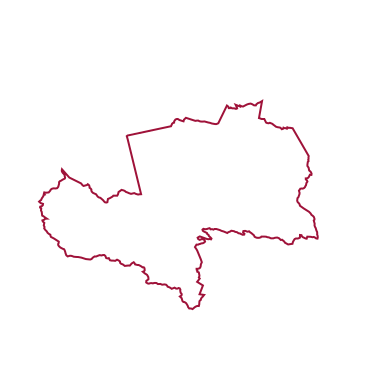 Canindé, Ceará, Brazil, rotated 296°
{"feature_id": "56859067B68432351022715", "entity_name": "Canindé", "entity_type": "district", "adm_level": 2, "iso_a3": "BRA", "parent_name": "Brazil", "parent_adm1": "Ceará", "projection": "equal_earth", "projection_center": [-39.487, -4.403], "detail": "fine", "context": "isolated", "style": "outline", "palette": "rose", "viewbox_px": 384, "rotation_deg": 296, "n_neighbors": 0, "source": "geoboundaries", "source_scale": "gbopen_adm2", "svg_char_len": 5970}
<svg xmlns="http://www.w3.org/2000/svg" viewBox="0 0 384 384"><g transform="rotate(296 192 192)"><path d="M285.0,185.5L265.3,185.5L263.8,184.2L263.2,183.0L262.3,179.9L262.0,177.6L261.6,176.2L260.9,172.4L259.7,170.2L259.2,169.0L258.9,167.7L258.9,166.2L258.3,165.1L257.4,163.8L256.0,154.0L253.5,153.1L251.8,153.4L251.6,152.3L251.2,149.2L251.4,147.2L250.7,146.0L249.7,145.3L247.6,145.0L246.5,145.5L245.8,144.7L244.7,144.2L241.9,144.3L214.5,109.3L213.6,108.9L211.3,111.0L167.7,147.2L166.8,145.6L166.1,144.7L165.7,142.5L165.7,140.6L163.6,138.0L163.3,135.7L163.3,134.4L163.1,132.6L163.5,130.9L163.4,129.7L163.0,127.7L161.9,127.2L159.8,126.0L157.5,126.5L155.9,126.4L154.2,122.9L153.1,122.6L150.5,120.9L148.9,119.5L145.7,120.4L144.9,119.5L144.6,118.2L145.1,116.8L145.6,115.9L146.6,112.2L146.3,110.7L146.5,109.3L147.2,108.0L147.9,106.8L147.8,103.4L148.4,101.7L149.2,100.9L150.2,100.4L150.7,99.3L150.9,98.1L152.1,97.4L152.9,96.6L153.3,94.9L152.3,94.6L149.9,91.9L150.1,90.7L151.1,88.5L151.2,75.4L155.4,65.2L154.3,65.5L153.4,66.1L152.5,67.5L152.0,68.9L151.2,70.3L150.3,70.7L149.4,71.6L148.4,71.8L147.4,71.1L146.4,70.3L144.7,69.3L143.8,68.5L142.6,68.2L141.3,68.9L138.0,69.5L136.3,69.1L135.4,67.9L134.5,65.8L133.4,64.6L132.2,64.0L131.1,64.0L128.8,63.4L127.9,62.0L127.2,60.7L126.9,59.4L125.7,59.6L125.1,60.8L124.1,59.9L123.0,60.2L120.5,59.8L118.6,59.9L117.7,59.3L116.3,58.8L115.7,60.9L116.0,63.3L114.7,63.7L113.4,63.2L112.3,62.0L111.4,62.3L111.1,63.7L109.1,64.4L108.3,65.6L105.1,67.7L105.1,69.1L104.6,71.5L104.4,73.2L103.5,71.6L102.4,71.4L100.9,70.0L100.1,70.8L99.5,72.8L97.0,73.4L95.9,74.8L94.5,75.1L93.5,77.0L93.0,78.6L92.0,80.1L91.6,81.8L91.5,83.4L90.5,84.1L89.8,84.9L89.7,88.2L89.0,94.0L87.7,94.5L86.5,94.5L85.5,95.2L84.9,96.3L84.4,98.0L84.3,100.8L84.5,102.0L83.8,103.1L82.4,104.5L81.6,105.1L80.0,106.8L79.6,108.5L81.0,110.0L81.6,111.1L81.9,112.6L82.0,114.1L82.9,116.5L83.6,118.0L84.5,121.2L85.2,126.0L86.7,130.1L87.7,131.1L89.5,131.6L91.4,132.7L91.9,134.0L94.0,135.9L94.8,136.7L95.3,138.5L96.4,139.7L96.9,140.9L96.5,142.2L95.0,143.9L95.4,145.5L96.1,146.2L94.7,148.2L95.1,149.8L95.8,151.3L96.5,153.2L98.3,154.3L98.3,156.0L98.0,157.7L96.8,158.5L96.4,159.8L96.6,161.5L96.1,164.0L97.9,166.8L98.6,168.4L101.3,169.1L103.3,170.4L102.7,171.8L102.0,172.6L102.5,175.0L103.0,176.1L103.0,177.4L102.9,179.1L102.6,180.6L103.2,181.6L102.7,182.7L100.9,183.8L99.8,183.7L98.8,182.8L98.1,185.5L98.0,186.8L97.8,188.0L96.5,189.9L95.3,190.7L94.4,191.1L92.1,189.9L90.6,190.5L90.4,192.2L90.7,193.4L91.7,194.4L92.5,195.8L92.7,196.9L93.6,197.8L94.2,198.9L94.6,200.0L94.3,201.7L95.5,203.9L95.6,205.8L96.9,207.8L97.3,209.4L96.8,210.9L96.2,211.6L96.4,212.9L96.4,214.6L96.1,216.2L98.4,218.3L98.2,220.0L98.9,221.4L99.8,222.0L100.0,223.2L99.2,224.3L98.1,224.7L96.5,225.9L95.9,227.3L95.1,227.8L94.2,227.8L92.8,226.9L92.0,229.3L89.9,231.1L89.4,232.4L89.8,233.6L89.5,235.5L87.9,238.0L86.9,238.9L86.1,240.5L86.9,242.3L87.0,243.8L89.7,245.0L91.2,246.0L92.0,246.9L92.5,248.1L94.1,247.8L96.7,246.7L97.7,246.6L98.8,247.2L100.1,246.9L101.2,247.0L102.5,247.5L104.8,248.0L103.4,243.6L112.8,242.8L113.5,236.0L117.6,236.9L118.2,235.6L119.2,235.6L120.2,235.3L122.7,233.4L122.7,231.6L123.6,231.4L124.1,230.3L125.0,229.8L125.6,231.0L126.4,231.9L127.6,232.5L129.2,232.3L130.8,231.7L133.2,231.6L135.3,229.5L141.6,222.4L142.5,221.1L143.8,218.8L146.7,219.1L147.3,220.5L148.4,221.4L149.0,222.2L149.8,222.8L150.7,224.2L151.8,225.0L153.1,225.5L154.1,224.5L154.4,223.1L154.1,221.5L153.0,220.6L152.3,219.8L152.5,218.1L153.4,217.1L154.6,217.8L155.5,218.5L156.3,225.9L156.7,227.4L157.4,228.2L157.8,229.9L158.7,229.9L159.3,228.4L159.9,226.4L160.7,225.6L160.9,224.1L161.7,223.4L161.7,220.0L161.9,218.7L162.8,217.9L163.9,218.4L164.3,220.2L165.4,221.8L166.3,222.6L167.2,223.7L166.6,225.1L167.4,226.3L167.6,227.8L168.6,228.4L169.4,230.0L170.0,233.7L170.0,235.5L170.4,237.8L170.6,241.7L171.7,242.2L173.3,243.7L174.4,244.3L175.2,247.0L175.1,248.2L175.6,250.1L175.3,251.8L175.8,253.6L175.7,254.7L175.8,256.4L176.6,257.6L177.5,257.4L178.1,255.6L179.4,255.3L180.0,256.2L180.5,257.2L180.5,258.5L180.8,259.6L181.7,260.5L181.2,262.1L181.1,263.3L180.2,266.7L179.2,267.9L179.2,269.9L179.7,271.4L180.4,272.6L181.4,273.7L182.3,273.9L182.8,274.8L184.3,278.1L184.4,279.5L184.9,281.0L185.0,283.4L186.0,285.4L187.2,286.6L188.4,288.5L188.6,290.3L187.8,292.9L188.6,293.9L187.9,296.7L187.2,297.7L187.0,301.4L189.5,305.0L191.4,304.6L193.2,304.7L194.7,304.9L195.8,305.8L196.4,307.2L197.1,308.1L198.3,309.0L200.7,307.9L201.2,309.3L200.3,310.3L200.0,311.4L200.0,314.4L200.3,315.5L202.4,315.2L203.8,318.4L204.2,320.2L205.0,321.2L205.0,322.4L204.7,324.0L205.1,325.2L206.4,324.9L207.7,324.1L208.8,323.0L209.7,322.7L210.9,322.0L211.8,320.8L213.9,318.9L214.7,317.7L215.8,316.7L217.2,316.2L219.8,313.9L220.8,314.2L221.8,313.7L223.1,312.3L223.6,310.8L223.8,309.4L224.7,308.1L225.5,305.9L226.2,299.6L227.0,295.0L228.0,294.2L228.7,293.1L229.2,291.5L230.2,290.4L232.7,289.5L233.9,289.9L237.3,289.5L238.5,289.0L239.4,288.1L240.2,287.5L241.1,287.8L242.4,287.9L243.2,289.0L243.6,290.1L244.7,291.0L246.0,291.4L247.0,291.3L247.9,291.5L250.4,290.9L251.9,291.2L252.8,290.3L253.2,288.8L254.1,288.3L254.6,289.2L255.6,290.1L256.7,290.4L259.2,290.4L259.7,291.8L260.8,291.5L261.8,290.4L262.3,289.5L262.7,287.9L265.0,286.1L266.0,284.3L267.3,283.7L269.8,282.9L270.9,283.2L271.9,282.3L272.8,282.3L273.7,281.7L275.5,281.1L293.4,254.5L293.0,253.1L292.6,251.8L292.0,250.8L291.9,249.3L290.5,249.5L290.4,248.1L289.9,247.1L289.9,246.0L288.7,246.1L287.8,245.2L288.3,244.0L288.5,242.9L287.7,240.3L287.5,238.6L287.9,237.1L288.1,235.6L288.5,234.5L288.3,231.6L287.4,230.8L286.9,229.3L286.9,228.1L289.3,225.0L288.1,222.5L288.0,221.0L287.8,219.8L304.4,215.1L302.1,213.6L300.9,212.3L299.0,211.4L297.8,211.4L297.1,209.8L297.3,207.8L297.2,206.0L296.0,204.3L294.7,203.0L291.2,200.4L290.8,199.0L290.8,197.4L289.9,197.8L289.5,193.0L287.7,195.2L286.9,195.9L286.0,195.1L285.7,193.2L284.8,191.4L284.9,189.8L284.1,189.5L283.5,188.3L284.6,187.3L285.0,185.5Z" fill="none" stroke="#9f1239" stroke-width="2"/></g></svg>